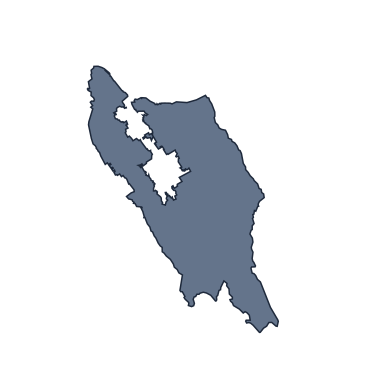 the district of Deli Serdang, Sumatera Utara, Indonesia, rotated 326°
{"feature_id": "22746128B17104196518473", "entity_name": "Deli Serdang", "entity_type": "district", "adm_level": 2, "iso_a3": "IDN", "parent_name": "Indonesia", "parent_adm1": "Sumatera Utara", "projection": "equal_earth", "projection_center": [98.729, 3.48], "detail": "fine", "context": "isolated", "style": "filled", "palette": "slate", "viewbox_px": 384, "rotation_deg": 326, "n_neighbors": 0, "source": "geoboundaries", "source_scale": "gbopen_adm2", "svg_char_len": 6067}
<svg xmlns="http://www.w3.org/2000/svg" viewBox="0 0 384 384"><g transform="rotate(326 192 192)"><path d="M192.8,75.5L192.3,72.3L191.0,70.5L191.2,69.6L190.6,68.7L189.7,56.6L189.3,56.2L189.4,50.7L188.9,50.2L189.5,49.2L187.8,41.9L190.2,48.3L189.8,46.2L188.2,40.8L186.9,38.4L184.5,35.3L181.0,33.0L179.7,34.2L176.5,34.6L175.1,37.6L173.9,38.1L172.3,42.3L167.8,42.6L165.1,48.8L164.2,48.9L163.7,47.9L162.9,48.1L162.7,49.7L164.3,52.8L162.2,55.6L163.1,58.8L162.8,60.7L161.3,61.8L159.5,60.4L157.9,60.7L157.9,64.8L155.5,65.1L156.2,67.6L145.8,76.1L143.8,78.4L138.5,91.4L136.9,96.8L137.7,99.6L137.5,101.8L137.0,102.3L137.3,104.1L137.0,106.0L137.5,107.5L136.5,111.1L135.5,120.6L138.1,120.5L138.1,122.6L140.1,122.5L140.2,123.7L138.1,123.8L138.2,126.9L139.7,127.0L140.0,127.6L140.0,128.2L138.2,128.1L138.2,130.5L140.0,130.5L139.6,132.0L138.3,132.1L138.0,135.1L139.5,135.7L139.5,136.5L142.1,136.6L142.1,139.8L144.1,139.8L144.2,142.7L144.9,143.3L145.1,145.0L144.0,150.0L144.7,150.1L145.2,157.6L144.3,159.4L141.0,158.7L135.2,159.1L135.6,162.3L138.0,165.0L137.6,166.5L138.2,168.1L137.2,168.7L138.4,169.9L138.0,173.0L141.9,176.3L141.8,177.1L140.8,176.8L140.3,180.7L138.7,185.5L137.8,186.3L138.7,186.8L137.2,193.4L137.5,197.5L136.2,201.4L137.0,203.1L136.1,207.3L136.3,210.0L135.4,215.6L135.5,219.0L136.3,221.2L133.9,224.9L134.7,227.0L134.9,230.8L136.4,235.7L136.3,241.2L135.3,244.4L136.4,248.0L135.9,251.7L137.7,255.4L127.0,266.8L126.9,268.3L128.2,269.3L127.7,274.6L126.4,275.0L126.4,277.2L127.4,281.4L127.3,282.3L125.5,284.1L127.6,286.8L129.8,287.2L131.7,285.7L133.0,281.6L135.0,280.2L136.6,280.7L138.9,279.5L140.6,280.7L142.1,280.4L145.3,281.4L147.5,283.8L149.8,288.1L150.5,295.5L151.3,295.8L152.2,295.2L153.8,292.4L155.5,292.1L159.3,288.7L161.0,289.0L162.5,287.2L168.7,283.6L169.9,287.3L168.3,289.1L168.5,293.0L165.9,297.5L166.7,301.7L165.6,303.3L163.3,302.4L162.9,304.0L163.5,306.6L162.9,309.4L165.8,315.6L166.8,321.0L169.1,320.9L170.1,322.9L170.6,326.2L168.6,330.8L165.2,328.6L164.3,329.1L164.0,331.1L166.2,332.1L167.3,333.6L168.2,336.7L169.4,346.1L170.1,346.5L175.2,344.9L178.8,345.0L182.7,343.2L185.2,344.7L186.6,350.1L187.5,351.0L191.2,347.5L191.6,346.0L192.5,331.5L198.4,304.8L197.4,301.0L198.1,296.7L197.7,294.3L196.5,292.9L198.3,288.1L199.5,287.5L202.4,289.3L203.3,288.8L203.9,284.9L203.7,283.5L204.6,280.9L208.9,276.0L209.4,272.7L210.3,270.9L214.5,267.6L216.3,263.9L216.5,259.2L219.6,256.8L220.9,256.8L223.0,253.7L225.8,252.9L227.4,247.7L228.6,247.5L229.8,244.7L230.8,245.0L233.4,242.3L234.1,243.6L238.3,240.8L239.4,241.0L239.5,239.9L240.5,238.7L242.7,237.5L248.7,237.0L250.3,233.7L249.5,231.4L250.8,228.5L249.6,226.6L250.9,222.0L249.9,217.3L250.2,215.4L249.3,211.0L249.5,207.2L249.0,203.4L250.4,201.2L250.5,197.0L254.5,187.7L255.0,184.6L254.2,183.2L255.1,178.9L254.9,175.2L253.5,172.4L254.1,170.5L252.2,167.7L253.6,164.4L254.3,159.5L251.5,156.6L250.3,154.1L250.9,150.7L250.2,147.5L252.0,142.7L253.3,142.0L255.6,138.4L257.6,130.0L257.7,126.0L258.5,123.5L257.2,122.2L257.2,119.4L247.2,118.1L237.9,115.1L229.4,108.5L224.7,107.8L223.6,106.2L218.9,102.9L216.2,101.2L215.6,101.5L215.2,100.4L215.3,102.0L214.8,100.5L212.5,100.5L212.3,99.3L211.8,99.7L210.4,98.9L210.6,97.7L208.1,93.4L206.4,88.3L203.2,85.8L202.6,86.2L202.3,85.3L198.4,84.8L196.8,83.2L195.2,83.9L194.8,85.4L192.0,83.8L191.2,85.9L190.6,91.5L191.5,92.1L191.0,93.2L191.5,94.0L191.3,95.3L192.8,95.1L197.5,98.2L197.4,100.3L198.6,102.9L196.9,103.1L195.7,101.1L194.8,101.8L194.2,101.0L194.3,102.5L193.2,103.5L192.7,103.2L192.0,105.4L191.4,104.9L191.0,106.1L191.6,106.3L191.4,108.1L192.1,108.8L191.8,109.5L193.2,113.0L192.4,116.0L193.1,116.3L193.6,118.3L192.8,120.5L191.0,122.7L191.0,120.8L188.6,120.7L189.1,118.6L184.6,118.3L184.6,119.6L181.6,119.5L181.4,120.9L184.7,120.6L184.9,122.3L187.9,123.6L187.2,126.6L190.9,124.3L190.5,130.8L188.6,130.7L188.6,131.9L188.0,131.5L188.2,137.6L191.2,137.8L191.1,136.8L192.2,136.9L192.8,137.6L192.7,141.1L192.1,141.0L191.9,146.6L193.3,146.7L193.3,147.4L201.5,147.8L201.0,149.7L201.3,151.8L198.5,153.4L198.6,154.1L200.6,154.8L200.2,156.9L199.4,156.8L197.5,159.3L197.4,165.6L195.6,165.4L196.1,166.4L195.9,168.4L196.4,168.4L196.3,169.4L197.4,169.5L197.3,170.3L198.0,170.4L198.0,169.4L198.7,169.8L198.9,169.3L199.7,169.3L199.7,170.3L200.9,170.9L202.8,170.5L202.4,174.1L189.6,172.8L189.6,177.7L184.1,177.4L183.1,178.7L183.8,179.1L179.5,179.0L179.5,177.4L177.9,177.2L179.5,177.3L179.7,176.2L178.4,176.2L177.8,177.2L178.2,177.4L177.5,178.1L177.8,180.5L178.9,181.4L178.8,182.8L177.8,184.2L177.7,185.9L175.8,186.1L175.6,185.2L174.8,188.9L172.4,188.4L172.8,188.0L172.1,186.9L172.7,185.5L171.9,185.8L171.4,185.0L171.8,184.8L171.5,183.6L170.8,183.3L171.3,182.3L170.4,181.3L170.7,180.2L170.2,180.1L170.4,177.9L169.6,177.5L169.0,179.0L169.4,181.9L168.2,182.0L166.9,183.3L167.3,185.1L165.0,185.7L162.6,187.9L160.5,185.3L161.7,184.2L161.6,182.4L163.1,179.8L163.2,178.4L161.9,174.1L163.2,172.7L162.8,172.3L163.3,171.8L162.6,170.2L161.9,170.4L160.7,169.6L162.3,167.3L164.2,166.0L164.3,164.8L165.8,164.6L165.5,162.4L164.4,162.7L165.9,161.3L164.6,159.5L165.1,158.3L164.9,155.9L165.7,153.6L164.7,154.4L163.2,152.2L163.9,151.8L163.8,150.2L164.8,150.1L164.7,149.5L163.6,149.4L164.8,149.0L164.0,147.9L164.4,143.6L163.0,143.0L163.2,141.4L162.4,139.9L164.1,140.6L164.1,142.6L165.3,142.6L165.4,140.7L166.2,140.7L166.1,143.0L170.2,142.8L170.9,141.7L177.0,141.9L179.1,139.1L180.2,138.6L180.3,135.6L180.9,134.4L180.0,134.4L178.9,133.1L179.0,131.2L178.4,131.1L178.0,121.9L178.4,119.7L176.8,119.8L175.9,116.6L171.7,116.5L171.9,113.9L171.3,110.6L169.4,110.6L169.8,105.6L171.0,105.2L172.0,102.9L174.7,103.2L174.7,100.6L175.1,100.4L174.7,99.7L175.2,99.5L174.8,99.0L176.5,99.7L177.3,96.5L174.8,96.5L174.3,95.6L173.9,95.9L173.5,94.7L172.5,94.5L171.9,93.1L172.0,91.8L171.0,91.2L171.0,89.9L169.5,88.4L170.1,85.6L170.8,85.0L172.4,85.4L172.6,84.3L171.6,83.7L171.4,82.6L174.8,82.9L175.9,80.8L177.3,80.2L180.0,80.5L181.1,82.2L182.7,83.1L183.0,85.5L183.2,84.9L184.6,85.5L184.8,85.1L183.3,84.5L182.9,83.4L184.2,82.9L184.6,81.9L184.5,78.7L185.0,77.7L192.2,76.8L192.8,75.5Z" fill="#64748b" stroke="#1e293b" stroke-width="1.5"/></g></svg>